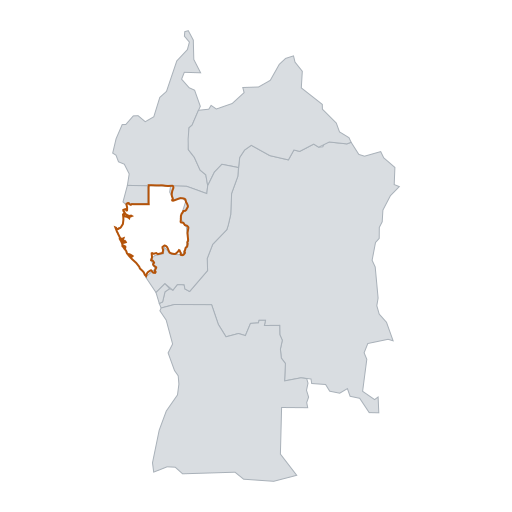 map of Gabon with Democratic Republic of the Congo, Cameroon, Central African Republic and 3 others greyed out
{"feature_id": "GAB", "entity_name": "Gabon", "entity_type": "country or territory", "adm_level": 0, "iso_a3": "GAB", "parent_name": "Africa", "parent_adm1": "", "projection": "natural_earth1", "projection_center": [11.622, -0.807], "detail": "fine", "context": "with_neighbors", "style": "outline", "palette": "amber", "viewbox_px": 512, "rotation_deg": 0, "n_neighbors": 6, "source": "natural_earth", "source_scale": "50m", "svg_char_len": 6990}
<svg xmlns="http://www.w3.org/2000/svg" viewBox="0 0 512 512"><path d="M375.2,267.0L378.1,298.1L376.8,305.7L379.2,314.1L386.5,322.3L393.1,340.8L388.1,339.3L367.8,343.5L364.1,352.8L366.8,359.3L362.6,391.3L374.6,399.6L378.1,397.0L378.8,412.8L369.2,412.6L359.7,398.3L350.1,396.3L347.4,388.6L339.7,393.2L329.7,391.2L325.6,384.5L311.7,383.5L311.0,379.0L301.0,377.8L284.6,380.9L285.4,363.5L281.3,358.1L280.4,349.1L282.3,340.3L279.8,334.6L279.7,325.4L264.4,325.5L265.5,320.3L259.1,320.3L258.4,322.9L250.5,323.4L245.4,335.6L238.5,333.5L226.0,336.8L218.3,324.4L211.6,304.7L174.4,304.5L161.1,308.0L159.3,303.5L162.6,301.9L165.0,291.8L169.6,288.7L172.9,290.2L177.3,284.6L184.1,284.7L184.9,288.9L189.6,291.5L207.6,270.5L207.2,258.5L212.7,244.3L226.8,229.7L228.3,225.0L230.7,214.6L231.6,193.4L237.8,176.4L239.7,157.4L244.6,150.0L251.3,145.3L269.8,155.6L288.4,159.9L293.9,150.0L299.7,151.4L313.7,144.1L318.7,147.2L322.8,146.8L324.6,143.2L329.3,142.0L346.9,143.9L351.1,142.3L358.8,154.4L364.5,156.2L380.7,151.6L383.7,157.8L394.9,167.5L394.2,184.6L399.3,186.6L390.4,195.7L382.9,210.1L382.2,221.8L379.3,227.4L379.2,238.4L375.5,242.5L372.1,260.3L375.2,267.0Z" fill="#d9dde1" stroke="#a8b0b8" stroke-width="1"/><path d="M188.3,30.7L193.3,40.1L193.8,59.5L200.6,72.8L184.3,72.3L181.6,79.2L189.1,87.7L194.6,90.2L200.3,106.3L192.1,125.1L189.0,127.8L188.3,149.6L194.3,157.3L200.1,170.1L205.8,174.8L207.7,185.7L206.8,193.6L186.6,186.3L127.4,185.4L129.2,173.9L124.3,164.2L118.5,161.8L116.0,155.2L112.7,153.1L116.1,138.7L122.2,124.6L125.8,124.5L133.3,115.9L138.1,115.7L145.2,121.7L153.8,116.8L159.8,97.4L166.5,91.4L176.8,60.9L187.4,49.6L189.4,42.1L184.4,36.2L184.8,31.6L188.3,30.7Z" fill="#d9dde1" stroke="#a8b0b8" stroke-width="1"/><path d="M351.1,142.3L346.9,143.9L329.3,142.0L318.7,147.2L313.7,144.1L299.7,151.4L293.9,150.0L288.4,159.9L269.8,155.6L251.3,145.3L244.6,150.0L239.7,157.4L238.5,167.6L221.9,164.3L214.4,172.1L207.7,185.7L205.8,174.8L200.1,170.1L194.3,157.3L188.3,149.6L188.1,139.1L189.0,127.8L192.1,125.1L198.4,110.3L208.8,109.2L211.1,105.4L216.3,109.0L232.2,103.5L244.1,92.6L242.8,87.5L258.5,87.0L270.3,80.3L279.3,64.3L285.6,58.4L293.5,55.9L295.0,62.1L302.3,71.3L301.3,87.9L322.3,104.4L322.4,109.2L336.3,123.1L339.5,131.9L349.0,137.7L351.1,142.3Z" fill="#d9dde1" stroke="#a8b0b8" stroke-width="1"/><path d="M238.5,167.6L237.8,176.4L231.6,193.4L230.7,214.6L228.3,225.0L226.8,229.7L212.7,244.3L207.2,258.5L207.6,270.5L189.6,291.5L184.9,288.9L184.1,284.7L177.3,284.6L172.9,290.2L164.9,283.7L156.0,292.5L145.6,277.0L155.2,268.9L150.5,259.2L154.8,255.6L163.3,253.8L164.3,247.3L171.1,254.3L182.2,254.9L186.1,248.0L187.7,238.3L186.3,226.9L180.3,218.3L185.8,201.3L182.7,198.4L173.3,199.6L169.7,192.1L170.6,185.7L186.6,186.3L206.8,193.6L207.7,185.7L214.4,172.1L221.9,164.3L238.5,167.6Z" fill="#d9dde1" stroke="#a8b0b8" stroke-width="1"/><path d="M127.4,185.4L147.9,185.8L148.0,203.4L125.4,204.1L123.0,201.9L127.4,185.4Z" fill="#d9dde1" stroke="#a8b0b8" stroke-width="1"/><path d="M169.6,288.7L165.0,291.8L162.6,301.9L159.3,303.5L156.0,292.5L164.9,283.7L169.6,288.7ZM161.1,308.0L174.4,304.5L211.6,304.7L218.3,324.4L226.0,336.8L238.5,333.5L245.4,335.6L250.5,323.4L258.4,322.9L259.1,320.3L265.5,320.3L264.4,325.5L279.7,325.4L279.8,334.6L282.3,340.3L280.4,349.1L281.3,358.1L285.4,363.5L284.6,380.9L301.0,377.8L306.7,378.6L308.0,383.2L306.5,390.3L308.6,397.1L306.7,402.6L307.7,407.7L281.6,407.5L280.4,454.1L296.7,475.3L273.7,481.3L243.6,479.2L235.0,472.2L182.6,473.8L175.2,467.2L167.1,466.8L153.7,472.1L152.5,462.8L159.2,430.2L166.3,411.0L177.5,394.9L178.9,384.1L178.2,375.8L174.5,370.5L168.1,352.9L172.6,344.0L166.2,320.1L159.9,310.8L161.1,308.0Z" fill="#d9dde1" stroke="#a8b0b8" stroke-width="1"/><path d="M173.4,187.2L173.3,188.2L172.3,190.8L171.9,192.7L171.7,194.7L172.0,196.4L172.5,197.6L172.8,198.8L172.6,199.7L172.1,200.1L172.4,200.6L173.2,200.7L174.4,200.3L176.3,199.6L178.8,198.6L180.4,198.1L183.2,198.4L184.6,198.8L185.4,199.5L186.2,202.4L186.6,202.9L187.2,204.1L187.8,205.6L187.9,206.4L187.8,207.0L187.3,207.8L186.6,209.0L186.4,209.7L185.9,210.2L185.2,210.8L183.4,211.0L183.2,211.3L182.6,212.6L181.7,213.6L181.3,214.7L180.9,216.0L180.9,217.7L180.8,220.1L180.6,221.8L181.0,222.4L183.2,222.8L183.6,223.1L184.2,224.1L184.9,225.1L186.9,225.7L187.7,226.4L188.3,227.2L188.4,227.9L187.9,230.5L187.5,233.0L187.7,235.0L187.8,236.8L188.1,239.5L188.0,241.1L187.4,242.1L187.4,242.9L187.7,243.8L187.2,246.4L186.9,246.9L186.0,247.4L185.5,248.1L185.3,249.2L184.9,250.7L184.4,251.2L184.4,251.9L184.9,252.4L184.8,253.2L184.0,254.2L183.4,254.9L182.2,255.2L180.9,254.9L180.6,254.3L180.9,253.5L180.8,252.9L180.3,252.2L179.6,250.4L179.0,250.1L178.6,250.8L177.5,252.1L175.6,253.8L174.2,254.0L171.7,253.5L169.6,252.6L168.6,250.6L168.0,249.0L167.1,247.1L166.1,246.1L165.0,245.6L164.5,245.5L163.0,246.6L162.5,247.0L162.5,247.9L162.7,248.8L162.9,249.2L163.1,249.7L163.1,250.5L162.8,251.6L162.7,252.9L157.9,254.1L157.0,253.7L156.4,253.1L155.7,253.2L153.6,253.8L152.8,253.4L152.1,253.1L151.7,253.3L151.7,253.9L152.0,256.8L151.9,257.9L151.5,259.3L151.2,260.3L152.5,260.6L153.0,261.0L153.4,261.7L154.0,262.4L154.1,262.8L153.4,263.6L153.1,264.5L153.5,265.3L154.3,266.0L155.6,266.8L156.2,267.3L156.2,267.8L155.6,268.8L155.3,269.7L154.9,270.4L155.0,271.2L155.6,271.8L155.5,272.4L155.1,272.9L154.4,272.8L153.7,272.8L153.1,272.6L151.2,270.3L150.8,270.3L148.1,272.0L147.4,272.8L146.8,273.8L146.1,276.1L144.8,274.8L143.8,272.4L142.5,270.9L139.9,268.5L139.2,266.7L136.2,262.9L131.9,259.0L128.8,255.6L128.3,254.9L128.8,255.0L131.8,256.7L132.2,256.5L132.6,256.1L131.3,255.2L130.0,254.5L128.9,254.1L127.7,254.1L127.0,253.4L126.6,252.3L126.4,251.4L125.9,250.5L124.2,248.5L123.8,247.7L122.9,246.6L123.5,246.5L125.3,247.5L125.4,247.1L125.3,246.5L123.5,245.6L122.5,245.5L122.3,244.8L122.4,244.1L121.1,241.2L119.8,239.0L119.6,238.0L123.2,242.7L123.7,242.8L124.3,242.7L125.8,242.2L125.5,241.6L124.8,240.9L124.2,241.2L123.3,241.3L122.9,241.0L122.7,240.5L123.5,238.2L123.2,238.3L122.9,238.7L122.4,238.9L121.7,239.0L120.0,237.8L118.4,234.5L118.0,233.8L117.6,232.6L117.2,232.2L115.4,227.5L116.1,227.8L116.9,229.2L118.5,228.9L119.1,228.1L119.6,228.1L120.2,227.9L120.9,227.2L122.9,224.0L123.4,219.7L123.3,217.1L123.0,214.6L123.6,213.8L123.9,214.3L124.0,215.2L124.3,215.9L125.1,216.5L126.4,216.6L128.5,217.6L129.2,218.2L129.4,217.0L131.8,216.0L131.1,215.6L129.0,216.0L126.1,214.5L125.1,213.5L124.2,211.7L123.3,210.8L123.3,209.9L125.4,209.1L126.0,209.2L126.2,210.1L126.7,210.5L127.0,210.4L127.1,209.6L127.1,207.4L126.4,204.3L126.6,203.7L127.2,203.5L127.7,203.1L128.1,203.0L128.8,203.1L129.1,203.8L129.3,204.2L130.0,204.4L130.6,204.8L131.1,204.7L131.5,204.2L132.1,204.1L134.0,204.2L135.8,204.2L139.2,204.2L142.6,204.2L146.1,204.2L148.7,204.2L148.6,202.4L148.6,199.7L148.6,196.5L148.6,193.4L148.6,190.5L148.6,187.1L148.7,186.2L148.9,185.8L148.8,185.2L151.5,185.2L156.3,185.4L158.4,185.4L159.0,185.4L161.6,185.3L163.7,185.5L164.7,185.7L165.5,185.8L168.0,186.0L171.3,185.8L172.5,185.8L173.1,186.3L173.4,187.2Z" fill="none" stroke="#b45309" stroke-width="2"/></svg>